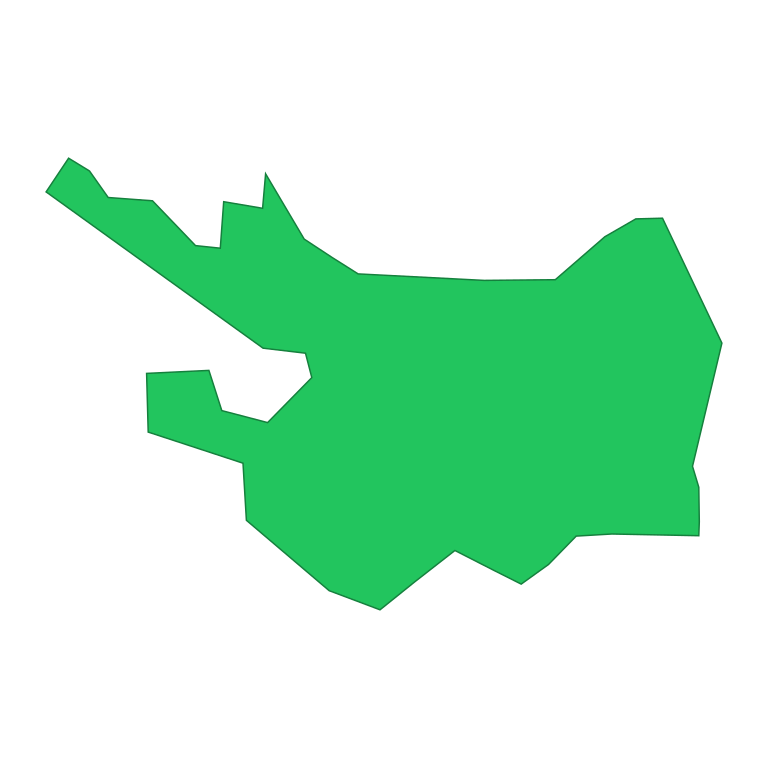 Zafarabad, Jizzakh, Uzbekistan
{"feature_id": "79887680B9171225127728", "entity_name": "Zafarabad", "entity_type": "district", "adm_level": 2, "iso_a3": "UZB", "parent_name": "Uzbekistan", "parent_adm1": "Jizzakh", "projection": "natural_earth1", "projection_center": [67.736, 40.329], "detail": "fine", "context": "isolated", "style": "filled", "palette": "green", "viewbox_px": 768, "rotation_deg": 0, "n_neighbors": 0, "source": "geoboundaries", "source_scale": "gbopen_adm2", "svg_char_len": 645}
<svg xmlns="http://www.w3.org/2000/svg" viewBox="0 0 768 768"><path d="M329.2,590.7L380.0,609.8L414.8,581.8L454.9,550.5L495.1,571.0L521.2,584.1L548.6,564.4L576.2,536.1L611.8,534.0L698.8,535.7L699.3,521.8L698.8,487.3L692.5,466.3L721.9,343.1L662.5,218.2L635.8,218.9L604.9,236.7L555.3,279.7L484.2,280.4L358.1,273.9L332.0,257.4L304.2,239.1L265.6,173.8L262.6,208.3L223.7,201.7L220.3,248.2L195.5,245.6L152.5,200.8L108.2,197.5L89.5,171.0L68.6,158.2L46.1,191.9L263.1,348.2L305.5,353.2L311.8,377.6L267.6,422.6L221.8,410.6L208.9,370.4L146.6,373.4L148.2,432.1L243.0,463.2L246.4,520.3L329.2,590.7Z" fill="#22c55e" stroke="#15803d" stroke-width="1.5"/></svg>